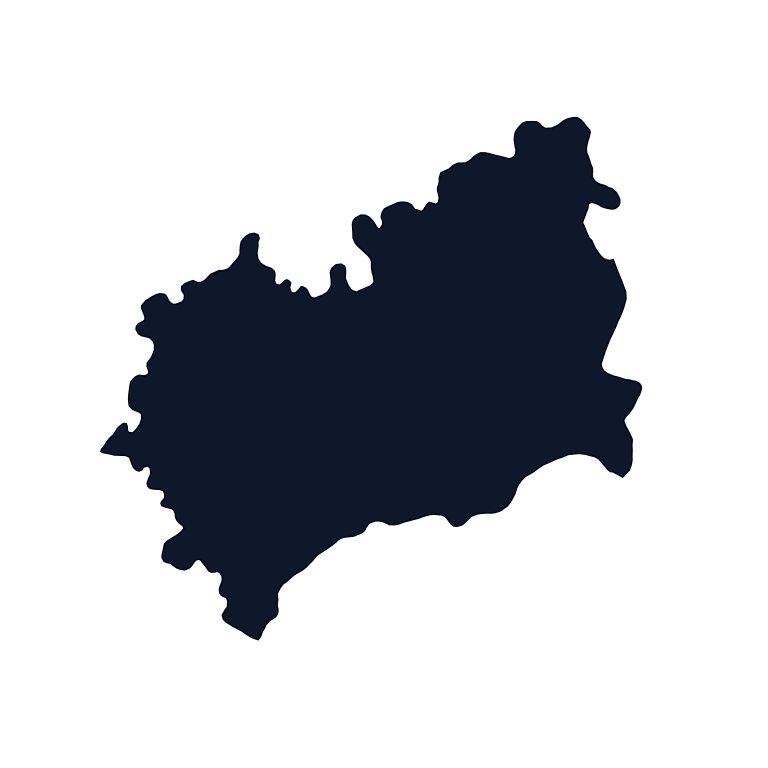 the district of Hlybokaye, Vitebsk, Belarus, rotated 338°
{"feature_id": "67162791B12228546801080", "entity_name": "Hlybokaye", "entity_type": "district", "adm_level": 2, "iso_a3": "BLR", "parent_name": "Belarus", "parent_adm1": "Vitebsk", "projection": "albers", "projection_center": [27.835, 55.173], "detail": "fine", "context": "isolated", "style": "filled", "palette": "ink", "viewbox_px": 768, "rotation_deg": 338, "n_neighbors": 0, "source": "geoboundaries", "source_scale": "gbopen_adm2", "svg_char_len": 6168}
<svg xmlns="http://www.w3.org/2000/svg" viewBox="0 0 768 768"><g transform="rotate(338 384 384)"><path d="M570.4,559.7L579.2,555.7L582.5,552.0L585.2,547.9L587.4,542.3L589.3,538.1L590.9,533.4L593.3,528.7L593.4,526.4L592.9,519.3L592.2,513.1L592.5,507.7L594.6,505.6L596.9,504.3L600.7,502.5L604.9,499.9L608.6,496.8L613.6,492.0L616.8,489.7L619.0,487.1L621.1,484.4L621.6,481.9L621.1,479.4L618.8,476.3L615.1,473.9L613.1,472.3L609.7,470.6L604.4,466.1L600.0,462.9L597.1,460.2L594.8,457.8L592.6,454.1L592.1,450.9L592.5,447.0L600.2,437.6L608.5,428.6L620.0,417.9L624.7,413.0L629.1,409.0L633.0,404.9L635.9,401.5L640.3,395.7L642.7,388.6L642.7,384.4L642.9,377.4L642.8,366.4L643.1,354.4L639.6,354.1L636.8,352.3L634.5,349.9L633.2,347.2L632.3,344.5L630.6,336.6L630.4,328.9L628.9,325.7L628.6,319.1L628.8,312.2L628.3,309.4L629.5,307.4L638.9,297.3L640.9,293.6L644.4,292.9L649.6,297.3L652.8,301.5L655.9,304.0L660.4,306.9L663.3,307.8L665.9,307.5L668.4,306.5L670.5,304.3L671.6,301.5L671.7,298.1L670.9,293.0L668.6,288.4L665.4,285.8L663.1,282.8L659.4,280.0L656.5,276.6L655.2,274.2L654.7,269.9L655.6,267.5L656.7,265.5L658.0,262.0L658.0,257.8L658.6,249.7L658.5,245.3L660.1,240.7L663.9,235.1L666.4,232.2L669.3,228.1L669.9,225.7L668.0,220.9L667.1,217.4L665.5,212.9L662.9,209.4L659.1,207.9L653.4,207.0L648.5,207.5L642.6,209.3L635.4,209.6L629.3,207.6L627.0,204.4L625.7,200.7L623.8,198.2L619.8,196.3L614.2,194.3L610.6,194.1L605.7,196.1L601.2,198.8L599.0,201.2L596.3,206.4L594.6,213.3L594.1,216.6L592.5,219.7L590.2,221.6L587.1,222.4L584.6,222.3L577.8,217.2L571.9,213.1L567.8,209.9L564.3,207.6L560.1,205.9L555.8,206.1L552.0,207.1L548.6,208.7L542.4,209.8L535.5,207.1L530.2,207.2L524.9,209.1L515.9,209.5L512.4,213.7L511.6,216.2L509.6,219.5L507.4,221.8L506.2,224.8L505.4,230.0L504.9,232.5L502.2,236.3L499.2,236.8L496.9,234.8L493.9,232.6L491.4,233.6L488.9,235.1L486.4,237.1L483.4,238.1L479.9,235.1L477.7,233.6L476.6,228.1L473.6,224.6L468.9,222.1L464.4,221.1L453.9,221.4L449.9,221.9L447.1,223.9L445.4,225.7L443.9,228.4L443.9,231.9L442.6,235.7L438.9,238.4L436.9,238.2L435.9,235.4L435.1,230.4L434.1,226.9L432.6,223.7L430.1,220.7L425.8,218.7L419.6,219.5L416.8,221.0L414.6,224.0L412.3,231.0L410.1,237.0L410.1,242.0L411.4,246.2L417.4,259.0L418.6,262.8L418.1,266.8L416.1,271.3L414.9,276.3L414.7,279.0L413.4,285.1L411.7,286.8L407.9,288.1L396.1,288.3L393.1,288.6L390.1,286.1L388.9,284.6L387.6,279.8L387.6,271.1L389.6,267.3L391.6,262.3L391.3,259.5L389.1,256.8L384.3,255.5L382.1,256.0L378.8,257.3L376.1,260.3L373.8,268.8L372.3,272.3L370.8,274.3L366.1,277.6L360.5,278.6L352.0,278.6L349.5,276.8L348.5,275.3L347.8,267.5L347.0,265.8L344.5,263.0L343.5,263.0L339.8,265.0L336.3,266.3L334.5,266.0L332.2,264.5L332.3,261.3L332.5,259.3L335.3,255.3L334.3,252.5L332.8,251.0L330.0,251.3L327.0,252.8L324.0,253.3L321.0,251.0L321.0,247.5L324.0,241.5L324.5,238.5L322.8,234.7L318.3,230.7L314.8,226.0L313.8,220.7L315.3,214.7L319.0,208.5L320.0,205.2L322.8,202.2L323.1,198.5L320.1,195.7L315.6,194.7L310.8,195.5L307.8,196.9L304.8,198.9L302.8,201.9L300.5,206.7L299.5,209.4L296.0,212.4L285.8,217.7L282.8,218.9L280.0,218.9L276.8,218.4L273.3,217.1L264.5,217.4L256.7,220.9L252.7,221.3L249.7,220.8L245.7,216.6L241.7,216.3L237.0,216.5L233.0,217.8L231.5,221.3L232.5,226.5L230.7,230.3L227.9,232.3L223.2,232.3L220.2,232.0L218.2,231.2L216.4,228.7L215.4,226.0L215.2,221.5L214.2,218.7L210.0,216.4L206.0,215.9L202.5,216.2L194.5,217.6L189.0,220.4L187.7,222.6L187.7,231.6L186.4,234.9L184.6,235.6L178.6,236.3L176.1,237.8L174.6,240.3L175.1,245.3L177.3,248.3L184.1,253.1L186.0,257.4L186.0,261.9L184.2,266.1L180.7,270.1L178.0,272.6L172.4,275.9L170.9,279.1L170.9,282.9L170.1,285.9L167.9,286.9L165.1,286.8L162.9,285.8L160.1,284.1L156.6,284.3L153.1,285.5L150.1,287.3L148.1,290.0L144.0,297.3L141.5,302.5L140.5,305.5L139.7,308.8L141.4,313.3L145.9,317.6L148.1,320.6L146.4,325.4L142.8,329.8L137.5,333.3L132.8,335.3L129.3,333.5L128.5,330.8L130.0,327.3L130.1,324.3L128.1,323.2L126.3,323.2L120.8,325.0L113.8,330.0L110.8,330.9L108.5,332.0L105.0,334.1L101.4,336.8L97.7,338.7L96.3,340.6L97.9,342.4L102.8,345.5L107.6,348.9L117.7,353.4L120.7,356.5L120.4,364.4L120.5,367.6L122.1,371.1L124.2,372.9L127.2,372.9L129.5,371.2L130.6,371.0L134.3,371.5L135.7,374.1L135.1,377.2L134.1,379.9L128.3,385.8L127.1,387.7L126.8,390.3L127.6,392.5L129.7,394.3L137.0,397.9L139.4,400.3L139.6,403.7L138.3,407.1L135.9,408.8L133.8,409.8L132.5,411.1L132.5,413.6L134.7,415.7L140.6,420.0L141.9,422.2L141.9,425.9L140.9,429.5L140.9,432.4L141.8,435.7L143.3,438.0L144.5,440.4L144.4,443.0L141.1,444.9L138.2,445.9L134.5,446.8L124.2,448.5L120.7,450.1L114.3,459.4L113.2,462.0L113.6,465.8L115.4,467.9L119.1,470.2L120.5,473.1L122.9,476.7L125.0,478.8L129.5,481.6L131.4,481.7L134.6,481.6L137.5,480.3L141.1,477.9L143.4,476.8L146.4,476.8L148.4,478.9L148.8,481.2L149.6,483.6L150.9,488.3L151.5,491.5L153.3,493.8L156.6,494.8L159.1,495.1L161.3,497.5L161.8,501.9L161.0,504.5L159.8,506.5L155.3,511.4L154.0,513.9L153.5,516.8L154.1,518.9L155.9,521.2L158.1,523.1L157.8,527.0L155.2,532.2L152.3,533.9L147.4,537.8L147.0,542.0L148.6,545.8L152.8,551.4L159.7,559.6L163.1,565.0L166.9,569.8L171.5,573.9L174.2,572.3L176.4,570.4L177.7,568.6L181.8,565.4L184.2,563.0L189.6,560.4L196.0,559.3L198.1,558.0L200.1,555.9L201.2,553.2L201.9,549.2L204.6,544.2L206.3,538.4L210.8,534.5L215.2,531.6L219.9,530.5L229.1,527.2L238.9,525.8L243.3,524.5L251.7,520.8L257.4,517.7L262.5,516.6L268.6,515.5L280.0,512.7L282.5,511.4L286.2,510.7L290.3,511.2L298.7,513.6L306.9,513.6L309.6,513.0L311.8,511.9L313.0,510.5L317.7,507.6L320.6,507.4L324.8,507.7L328.3,509.1L331.2,510.9L335.1,514.9L336.1,516.3L341.5,518.5L345.8,519.3L350.2,519.3L365.7,521.3L371.6,521.5L377.6,522.2L382.1,523.7L388.8,527.1L390.7,529.3L391.9,531.7L393.7,538.5L395.3,541.5L398.0,543.2L403.0,543.8L405.4,543.3L410.5,541.3L415.0,539.3L419.4,539.3L422.1,539.5L425.3,540.2L430.9,542.0L435.6,544.0L438.5,544.7L442.4,545.1L445.4,545.1L448.3,544.2L452.6,543.3L455.6,541.6L459.1,539.1L464.5,534.5L467.6,530.5L471.2,527.3L475.1,524.8L480.5,522.6L489.6,521.4L494.8,519.9L501.4,518.6L516.4,518.1L520.6,518.4L528.9,518.4L539.1,521.5L544.3,524.4L548.9,527.9L551.9,529.9L555.1,533.7L558.4,543.6L559.3,546.8L561.0,549.8L563.6,551.4L570.4,559.7Z" fill="#0f172a" stroke="#020617" stroke-width="1.5"/></g></svg>